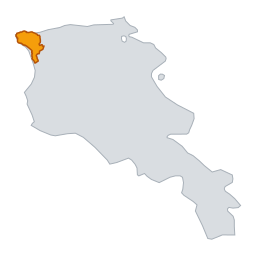 location of Amasia, Shirak, Armenia
{"feature_id": "60910142B69000045179154", "entity_name": "Amasia", "entity_type": "district", "adm_level": 2, "iso_a3": "ARM", "parent_name": "Armenia", "parent_adm1": "Shirak", "projection": "orthographic", "projection_center": [43.631, 40.973], "detail": "fine", "context": "in_parent", "style": "filled", "palette": "amber", "viewbox_px": 256, "rotation_deg": 0, "n_neighbors": 0, "source": "geoboundaries", "source_scale": "gbopen_adm2", "svg_char_len": 4220}
<svg xmlns="http://www.w3.org/2000/svg" viewBox="0 0 256 256"><path d="M109.8,164.1L107.3,160.1L94.8,147.2L83.3,137.3L75.4,133.2L67.5,133.7L55.3,135.8L50.8,135.0L40.1,130.6L31.2,125.4L32.4,123.3L34.3,121.7L32.1,115.0L27.1,104.1L27.7,100.7L26.1,96.0L24.4,92.4L31.3,84.0L34.5,77.1L35.2,70.5L33.3,63.6L28.8,51.1L26.0,47.4L20.8,44.0L16.5,38.5L15.4,34.6L19.0,33.8L29.7,33.7L40.0,32.3L48.1,29.7L59.8,27.5L64.7,25.5L70.3,24.6L87.4,26.5L93.8,24.9L113.1,24.3L113.6,23.5L110.9,20.9L110.9,19.9L122.4,18.1L124.1,16.8L125.7,21.0L130.1,25.5L134.8,27.3L137.4,29.9L137.5,31.8L129.2,34.3L128.7,35.5L129.3,36.7L131.8,37.2L143.5,42.8L150.2,42.8L153.8,44.5L155.6,48.0L161.3,52.6L165.8,57.1L166.1,58.7L165.3,61.1L153.0,70.4L151.5,73.5L151.4,76.8L157.1,86.5L165.4,97.0L177.4,104.9L193.7,113.3L194.1,118.7L191.7,125.3L189.6,129.8L188.7,132.8L186.7,134.1L170.6,134.2L168.2,135.3L167.1,136.6L167.1,137.7L172.9,139.5L182.2,146.3L187.6,152.9L193.1,155.7L199.4,160.9L204.4,165.7L212.2,172.0L220.7,169.6L232.3,175.0L232.9,178.9L232.3,182.4L225.2,186.5L224.4,188.1L224.4,189.4L225.4,191.3L229.7,194.2L234.8,198.7L240.6,205.5L238.2,207.6L233.0,208.1L228.9,207.4L227.5,208.8L227.7,211.1L233.1,216.2L234.3,220.0L234.3,226.6L234.8,235.0L222.4,234.9L211.8,239.2L207.8,238.5L204.9,231.5L202.5,225.7L195.4,211.0L197.0,204.9L193.2,201.5L184.0,195.4L181.6,192.8L182.8,189.2L183.5,182.6L182.5,177.3L180.1,175.8L175.6,175.8L170.1,177.2L159.2,182.6L151.5,179.5L147.1,176.3L144.5,173.5L138.8,175.9L137.4,174.8L137.0,168.0L135.2,164.4L131.7,160.1L128.5,158.1L116.8,162.5L109.8,164.1ZM126.1,41.2L126.4,38.7L125.8,36.5L123.9,35.8L121.6,36.4L121.5,38.9L122.2,41.2L124.6,42.3L126.1,41.2ZM163.8,78.6L161.2,80.2L158.7,79.5L158.6,75.7L160.4,74.1L162.5,74.2L164.5,75.5L163.8,78.6Z" fill="#d9dde1" stroke="#a8b0b8" stroke-width="1"/><path d="M37.2,34.3L36.7,34.1L36.2,33.9L35.8,33.6L35.3,33.4L34.9,33.2L34.5,33.0L34.0,32.9L33.6,32.7L33.2,32.6L32.8,32.4L32.6,32.2L32.4,32.0L32.1,32.0L31.9,32.0L31.6,32.0L31.3,31.9L31.1,31.9L30.7,32.0L30.4,32.1L30.0,32.2L29.6,32.3L29.1,32.4L28.7,32.5L28.4,32.5L28.1,32.5L27.8,32.4L27.6,32.3L27.3,32.4L27.0,32.5L26.9,32.5L26.7,32.5L26.3,32.3L26.3,32.0L26.3,31.8L26.3,31.7L26.1,31.6L25.7,31.5L25.0,31.2L24.8,31.1L24.4,31.0L23.8,31.1L23.6,31.1L23.2,31.3L22.8,31.4L22.2,31.7L22.1,31.8L21.9,31.9L21.7,32.1L21.4,32.1L20.8,32.1L20.2,32.0L19.9,32.4L19.8,32.5L19.5,32.7L19.2,32.7L19.0,32.8L18.8,32.8L18.7,32.8L18.4,32.8L18.2,32.9L17.8,33.0L17.7,33.1L17.1,33.2L17.0,33.3L16.8,33.4L16.8,33.7L16.7,34.0L16.6,34.3L16.4,34.5L16.2,34.8L16.1,35.1L16.0,35.4L16.0,35.8L16.1,36.1L16.1,36.3L16.3,36.4L16.4,36.5L16.5,36.5L16.7,36.8L16.8,37.4L16.8,37.6L17.2,37.8L17.4,37.9L17.7,38.1L17.7,38.5L17.6,38.8L17.6,39.4L17.5,40.0L17.5,40.8L17.5,41.5L17.8,42.0L18.0,42.3L18.4,42.8L18.6,42.9L18.9,42.9L19.2,42.9L19.4,43.0L19.6,43.1L19.8,43.2L20.1,43.3L20.4,43.3L20.7,43.1L21.0,43.2L21.5,43.4L21.9,43.7L22.2,44.0L22.6,44.3L22.7,44.5L22.8,44.5L23.2,44.7L23.4,44.8L23.6,45.0L23.9,45.0L24.1,45.2L24.3,45.1L24.5,45.1L24.9,45.1L25.0,45.1L25.2,45.3L25.3,45.4L25.5,45.6L25.8,45.8L26.1,45.8L26.5,46.0L27.2,46.6L29.1,48.1L29.8,48.7L30.5,49.3L31.1,49.8L31.5,50.2L31.7,50.4L31.9,50.7L31.9,50.9L32.0,51.0L31.9,51.1L31.7,51.4L31.7,51.6L31.8,51.7L31.7,51.8L31.7,52.0L31.6,52.5L31.7,52.8L31.9,52.9L32.0,52.9L32.1,53.1L32.2,53.3L32.3,53.3L32.3,53.6L32.2,53.6L32.0,53.9L32.0,54.1L32.0,54.3L31.9,54.6L31.8,54.9L31.9,55.3L31.9,55.5L32.0,55.8L32.0,56.0L31.9,56.1L31.9,56.4L32.0,56.6L32.3,56.9L32.3,57.0L32.3,57.3L32.3,57.5L32.3,57.8L32.2,57.9L32.2,58.2L32.1,58.4L32.0,58.6L32.1,58.8L32.2,59.0L32.3,59.1L32.5,59.3L32.6,59.5L32.9,59.7L33.0,59.8L33.2,60.0L33.3,60.2L33.4,60.3L33.5,60.3L33.7,60.5L33.8,60.8L34.0,61.0L34.1,61.3L34.2,61.5L34.3,61.7L34.4,61.8L34.4,62.0L34.5,62.2L34.5,62.4L34.6,62.5L34.8,62.6L34.8,62.8L34.9,63.0L35.6,62.9L36.6,62.1L37.7,61.4L38.2,61.0L38.1,60.3L37.1,58.4L37.1,57.9L37.0,57.1L36.8,56.8L36.5,56.4L36.3,55.4L36.7,54.8L36.9,54.5L37.7,53.8L39.1,53.7L39.4,52.8L39.6,51.1L42.8,49.4L43.9,46.4L43.9,46.1L42.8,46.2L42.4,45.9L42.4,45.3L42.3,44.9L41.7,44.7L41.3,44.8L40.5,45.1L40.1,45.4L39.7,45.4L39.2,44.6L39.2,43.7L40.2,42.6L40.3,41.9L40.4,41.4L40.3,39.4L40.0,37.8L40.0,36.6L39.6,35.8L39.4,35.4L37.7,35.3L37.2,34.3Z" fill="#f59e0b" stroke="#b45309" stroke-width="1.5"/></svg>